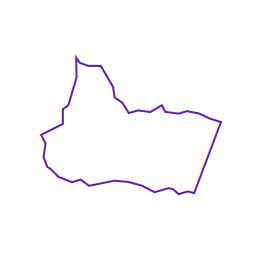 the district of Crockett, Tennessee, United States of America, rotated 340°
{"feature_id": "52423323B19626244489091", "entity_name": "Crockett", "entity_type": "district", "adm_level": 2, "iso_a3": "USA", "parent_name": "United States of America", "parent_adm1": "Tennessee", "projection": "equal_earth", "projection_center": [-89.156, 35.835], "detail": "fine", "context": "isolated", "style": "outline", "palette": "violet", "viewbox_px": 256, "rotation_deg": 340, "n_neighbors": 0, "source": "geoboundaries", "source_scale": "gbopen_adm2", "svg_char_len": 622}
<svg xmlns="http://www.w3.org/2000/svg" viewBox="0 0 256 256"><g transform="rotate(340 128 128)"><path d="M44.0,104.7L45.3,114.2L38.6,126.7L38.9,137.0L41.1,139.8L46.0,150.2L56.8,159.8L65.8,160.3L71.6,169.0L97.3,172.9L109.9,178.8L121.3,186.9L131.0,197.4L145.5,198.4L149.3,200.7L153.0,207.5L162.7,208.1L167.9,211.8L217.4,154.2L208.4,147.4L199.5,138.5L189.0,132.3L180.6,131.8L168.7,125.7L167.6,118.2L154.4,120.6L143.4,114.9L133.8,114.2L131.3,102.3L125.9,94.8L128.0,84.3L123.7,60.4L111.7,55.9L105.0,50.3L103.4,44.2L97.0,62.8L79.8,86.2L73.2,88.1L68.2,101.9L44.0,104.7Z" fill="none" stroke="#5b21b6" stroke-width="2"/></g></svg>